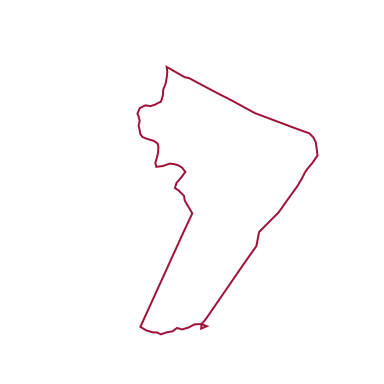 Taquarana, Alagoas, Brazil, rotated 229°
{"feature_id": "56859067B58643827659067", "entity_name": "Taquarana", "entity_type": "district", "adm_level": 2, "iso_a3": "BRA", "parent_name": "Brazil", "parent_adm1": "Alagoas", "projection": "equal_earth", "projection_center": [-36.481, -9.612], "detail": "fine", "context": "isolated", "style": "outline", "palette": "rose", "viewbox_px": 384, "rotation_deg": 229, "n_neighbors": 0, "source": "geoboundaries", "source_scale": "gbopen_adm2", "svg_char_len": 1166}
<svg xmlns="http://www.w3.org/2000/svg" viewBox="0 0 384 384"><g transform="rotate(229 192 192)"><path d="M295.2,248.3L291.3,243.5L288.1,237.4L283.8,233.1L280.6,227.9L282.3,221.1L284.1,216.9L287.9,213.8L289.6,207.8L287.0,202.3L283.0,200.8L279.8,199.0L277.1,195.2L273.4,193.3L269.6,191.0L266.1,190.7L262.9,192.2L259.4,194.3L255.6,196.8L251.3,197.8L248.0,196.2L243.8,192.0L240.7,187.7L238.1,183.5L234.4,181.6L230.8,186.9L228.0,193.8L224.5,197.0L221.5,199.0L217.0,200.5L211.6,200.2L210.1,193.8L209.0,186.2L206.2,181.7L201.9,182.9L198.0,183.2L194.2,183.4L190.3,180.9L175.7,178.2L170.7,167.0L167.4,159.5L124.1,64.6L117.7,66.6L111.9,70.3L108.7,73.6L105.0,75.1L102.8,80.6L99.6,85.9L99.2,91.5L94.8,94.3L91.8,101.0L90.5,107.0L86.0,112.6L87.2,119.7L94.6,148.5L103.2,181.7L109.0,205.2L117.8,216.4L119.4,238.4L119.7,243.5L121.1,249.5L122.8,256.3L127.3,275.4L130.1,283.9L132.7,290.2L133.8,294.5L134.9,301.7L137.2,310.7L147.9,317.8L153.3,319.4L159.1,319.1L171.7,312.1L210.3,291.2L234.0,282.4L248.2,276.7L255.5,273.8L280.4,264.3L283.3,261.8L303.0,255.0L298.9,252.2L295.2,248.3ZM86.0,112.6L82.9,109.3L81.0,115.1L86.0,112.6Z" fill="none" stroke="#9f1239" stroke-width="2"/></g></svg>